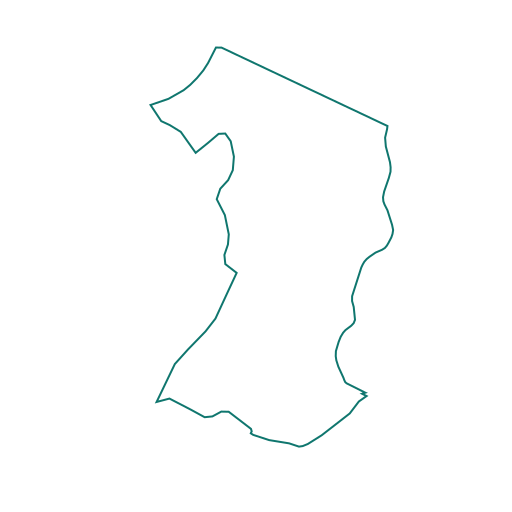 the border of Kaolack, rotated 205°
{"feature_id": "SEN-765", "entity_name": "Kaolack", "entity_type": "Region", "adm_level": 1, "iso_a3": "SEN", "parent_name": "Senegal", "parent_adm1": "", "projection": "equal_earth", "projection_center": [-15.993, 13.984], "detail": "fine", "context": "isolated", "style": "outline", "palette": "teal", "viewbox_px": 512, "rotation_deg": 205, "n_neighbors": 0, "source": "natural_earth", "source_scale": "10m", "svg_char_len": 1497}
<svg xmlns="http://www.w3.org/2000/svg" viewBox="0 0 512 512"><g transform="rotate(205 256 256)"><path d="M381.8,404.8L381.0,410.7L380.4,428.0L375.3,430.3L359.5,430.2L339.4,430.1L319.3,430.0L299.2,429.9L279.1,429.8L259.0,429.7L238.9,429.6L218.8,429.5L198.7,429.4L191.8,429.4L190.8,426.3L189.0,417.8L184.6,410.1L174.2,397.6L171.5,393.3L169.7,389.2L168.6,382.9L167.1,368.6L165.7,362.9L163.7,359.4L161.3,357.0L156.2,353.0L145.9,341.8L142.7,337.5L141.6,333.7L141.2,330.0L141.5,323.6L141.8,320.6L142.6,317.7L144.4,314.9L149.1,309.6L152.8,303.3L154.4,300.0L155.4,296.6L155.7,293.3L155.7,290.0L151.9,260.2L149.9,255.8L145.9,251.1L139.3,240.0L139.1,236.4L140.2,233.1L143.6,226.7L144.6,223.3L145.1,218.6L144.8,213.1L143.4,203.6L141.4,198.9L139.1,195.4L134.6,190.5L125.3,182.6L123.5,180.8L121.8,179.4L120.0,178.9L99.3,178.3L99.2,178.3L101.6,176.0L96.6,175.8L101.3,167.6L104.5,152.9L120.7,121.3L129.6,107.5L133.3,103.5L136.5,101.4L146.8,100.2L166.3,94.7L182.9,92.7L185.8,93.1L185.8,95.3L187.5,97.2L214.9,103.3L221.7,100.3L227.7,92.2L234.4,88.2L250.2,89.2L274.2,90.2L284.4,81.7L283.9,123.8L278.1,142.7L269.9,166.3L266.3,182.1L266.4,210.5L266.4,232.5L280.4,235.7L285.1,243.6L286.3,254.6L289.8,264.1L301.5,279.9L315.6,290.9L316.8,301.9L313.3,313.0L313.3,324.0L318.0,336.7L327.4,349.3L335.6,354.0L341.5,350.9L347.3,338.2L354.3,324.0L376.6,336.7L389.5,338.2L398.9,338.2L415.4,348.3L401.7,361.5L391.6,375.8L388.0,383.2L384.7,392.3L382.2,401.9L381.8,404.8Z" fill="none" stroke="#0f766e" stroke-width="2"/></g></svg>